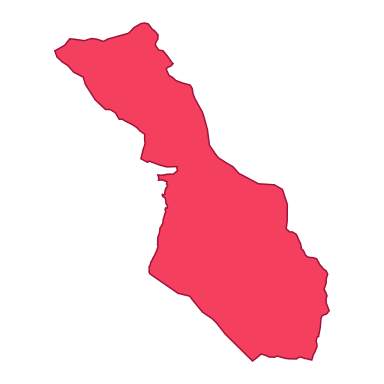 Aninoasa, Hunedoara, Romania (Equal Earth projection)
{"feature_id": "2599482B78537153178763", "entity_name": "Aninoasa", "entity_type": "district", "adm_level": 2, "iso_a3": "ROU", "parent_name": "Romania", "parent_adm1": "Hunedoara", "projection": "equal_earth", "projection_center": [23.341, 45.379], "detail": "fine", "context": "isolated", "style": "filled", "palette": "rose", "viewbox_px": 384, "rotation_deg": 0, "n_neighbors": 0, "source": "geoboundaries", "source_scale": "gbopen_adm2", "svg_char_len": 3567}
<svg xmlns="http://www.w3.org/2000/svg" viewBox="0 0 384 384"><path d="M318.7,336.4L318.6,336.0L320.3,327.3L321.0,318.3L322.0,315.9L324.3,314.7L326.6,314.0L329.2,310.7L326.3,303.3L326.0,299.1L327.0,295.7L325.3,291.5L324.1,289.1L326.1,283.3L326.4,278.1L327.7,274.2L326.3,271.0L323.0,268.6L322.0,267.1L319.6,264.4L318.4,261.9L316.6,258.8L313.7,257.8L310.8,257.5L307.7,257.0L305.4,255.0L303.5,250.6L301.5,248.9L300.6,243.7L298.7,239.9L297.1,235.9L296.0,234.1L292.3,231.9L289.9,232.0L286.2,228.9L287.2,220.8L287.3,204.3L282.4,189.4L274.3,184.8L258.5,183.8L238.9,173.4L232.9,166.7L226.2,162.8L218.4,157.8L215.4,154.0L209.4,145.1L207.4,129.5L203.9,116.7L202.3,112.0L194.8,98.5L192.9,93.3L192.3,88.6L190.2,85.1L182.5,83.0L176.0,80.6L172.5,77.4L169.0,75.4L166.2,69.1L167.3,67.6L171.3,65.7L173.1,63.6L171.9,62.5L167.5,56.2L163.0,50.7L158.8,50.1L155.2,45.0L156.1,41.9L157.8,39.2L158.1,34.9L154.8,31.0L152.2,29.2L148.3,23.9L144.6,23.0L140.9,23.6L134.1,27.5L128.7,33.2L108.0,39.0L103.4,41.4L96.9,39.2L91.4,38.5L84.5,40.7L74.7,39.3L69.7,38.8L64.7,45.3L54.8,50.8L57.0,57.0L62.5,62.1L67.8,65.5L73.8,72.3L83.2,77.1L85.5,84.6L95.2,99.8L105.5,109.5L110.4,109.6L115.5,112.9L119.2,119.3L122.0,119.1L126.7,121.8L132.5,124.7L136.6,127.4L140.0,131.0L144.8,134.3L144.6,138.9L145.1,143.9L143.1,149.6L141.8,155.2L140.9,158.7L147.5,162.3L149.4,161.2L159.0,164.8L166.6,166.9L177.0,166.6L176.9,168.6L177.6,170.3L176.1,171.9L173.3,174.1L167.7,174.2L161.7,175.3L157.8,174.9L158.8,177.8L158.5,180.2L161.9,179.9L164.4,180.7L164.7,180.9L165.0,181.0L167.1,181.8L166.5,184.1L167.7,185.3L166.5,187.5L166.2,188.6L165.7,188.5L165.0,191.2L164.7,192.8L164.7,193.5L164.9,194.1L163.0,195.1L162.9,195.2L162.6,194.4L162.2,194.7L162.5,196.0L163.2,196.9L164.4,197.2L165.3,198.7L165.7,200.2L166.0,203.8L166.6,204.4L167.2,205.0L167.5,208.1L165.6,207.9L165.3,208.8L165.1,209.6L165.5,211.0L165.6,212.3L164.8,213.9L164.3,216.0L163.2,219.5L162.9,222.7L162.3,224.2L161.1,226.4L160.2,227.7L159.9,228.4L159.8,230.4L159.2,234.0L158.2,236.1L157.9,237.1L157.7,238.7L157.6,241.5L157.7,242.9L157.6,243.8L157.4,244.4L158.0,245.2L158.0,246.5L157.4,248.4L156.5,251.1L155.2,254.0L154.0,256.5L153.0,257.8L152.8,259.1L152.2,259.8L151.8,260.5L150.9,262.0L150.7,262.4L150.6,263.3L150.3,264.5L150.3,265.0L149.3,266.3L149.1,267.0L149.1,268.0L149.3,270.4L149.0,272.0L150.0,273.9L152.4,275.6L172.8,289.7L176.0,291.9L177.0,292.6L177.4,292.9L178.1,293.4L181.7,294.2L189.6,296.1L193.4,301.0L202.5,312.1L212.1,318.6L216.2,322.5L225.3,334.1L252.5,361.0L253.2,360.5L254.0,359.9L254.8,359.2L255.8,358.5L256.7,357.8L257.6,357.1L259.0,355.9L259.8,355.2L260.3,354.7L260.6,354.5L260.9,354.3L261.4,354.2L262.2,354.4L263.5,354.7L264.5,355.0L265.4,355.3L266.3,355.7L267.6,356.3L268.7,356.8L269.5,357.0L270.2,357.1L271.2,357.1L271.9,357.0L272.6,357.0L273.3,357.2L273.9,357.2L274.5,357.2L275.2,357.0L276.0,356.5L276.4,356.2L276.9,356.2L277.5,356.2L278.6,356.5L279.6,356.7L281.7,357.4L283.5,357.8L284.8,358.2L286.4,358.5L288.3,358.7L290.0,358.8L292.1,358.9L293.4,358.8L294.6,358.9L295.6,358.9L296.2,359.0L296.7,358.8L297.4,358.3L298.0,357.8L298.6,357.5L299.3,357.3L300.1,357.2L301.0,357.2L301.8,357.4L302.7,357.7L303.8,358.1L304.5,358.4L304.9,358.6L305.8,358.6L307.2,358.8L308.6,359.3L311.8,360.0L312.1,359.0L312.4,358.3L312.6,357.3L312.7,356.8L312.9,356.2L312.9,355.5L314.6,352.5L315.0,351.8L315.4,350.6L316.2,348.6L316.8,347.3L317.0,346.5L317.0,345.7L316.9,344.7L316.7,343.4L316.5,342.5L316.3,341.5L316.2,340.5L316.4,339.6L316.6,338.6L316.9,338.0L317.1,337.5L317.2,337.2L318.0,336.8L318.7,336.4Z" fill="#f43f5e" stroke="#9f1239" stroke-width="1.5"/></svg>